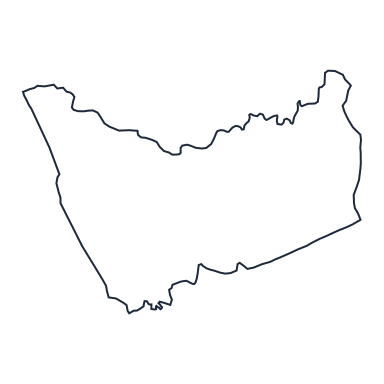 Ekeremor, Bayelsa, Nigeria (orthographic projection)
{"feature_id": "59680162B22876202690460", "entity_name": "Ekeremor", "entity_type": "district", "adm_level": 2, "iso_a3": "NGA", "parent_name": "Nigeria", "parent_adm1": "Bayelsa", "projection": "orthographic", "projection_center": [5.719, 4.944], "detail": "fine", "context": "isolated", "style": "outline", "palette": "slate", "viewbox_px": 384, "rotation_deg": 0, "n_neighbors": 0, "source": "geoboundaries", "source_scale": "gbopen_adm2", "svg_char_len": 3155}
<svg xmlns="http://www.w3.org/2000/svg" viewBox="0 0 384 384"><path d="M360.5,219.8L358.1,213.6L357.5,212.5L354.9,208.2L354.0,203.1L353.7,194.9L356.8,186.6L359.0,180.0L360.4,168.8L360.8,163.4L360.7,153.0L360.3,147.4L361.0,139.7L360.3,134.6L355.6,130.0L352.9,127.3L348.8,120.6L346.4,116.0L344.4,111.5L344.2,111.1L342.6,105.7L346.2,100.7L348.2,90.7L350.8,85.6L349.4,83.9L344.9,79.3L342.9,74.8L335.0,71.0L328.0,70.7L325.0,72.9L324.9,76.1L324.5,84.3L321.7,87.0L319.4,87.5L318.8,88.9L318.5,96.6L317.8,101.7L315.0,103.5L307.9,103.8L301.8,106.2L300.4,105.2L299.7,101.0L299.3,101.0L297.6,103.3L297.8,106.1L298.0,107.8L297.6,110.9L295.9,113.8L294.4,116.5L293.6,119.4L293.5,119.8L293.2,122.1L292.3,123.6L292.2,123.7L290.8,122.9L290.0,121.2L289.7,120.3L289.2,120.0L286.6,118.6L284.2,119.7L283.6,122.6L281.6,124.6L277.5,124.0L277.1,122.3L276.8,120.2L277.4,116.9L277.1,115.5L274.5,115.8L271.9,117.0L269.1,118.6L267.6,119.5L267.0,119.7L266.3,119.9L264.7,118.7L263.6,116.2L262.9,114.7L262.7,114.6L260.1,113.7L258.2,115.2L257.2,116.2L253.8,115.5L250.5,114.0L249.3,114.8L249.7,117.9L248.7,121.3L246.5,123.1L244.5,125.5L243.7,129.3L241.9,129.6L240.7,127.5L238.4,126.3L235.7,125.9L232.4,127.6L230.5,129.7L228.9,131.6L227.1,131.9L224.1,130.5L220.5,130.1L217.3,131.2L216.1,133.3L214.0,138.6L211.2,144.0L206.2,148.0L201.7,148.5L195.8,147.8L190.8,145.8L187.2,144.7L182.3,145.6L180.7,147.8L180.6,150.8L180.7,152.8L179.7,154.0L176.9,154.6L172.1,154.6L169.0,152.5L166.5,151.8L163.9,151.0L159.7,146.8L156.7,142.0L151.9,139.8L145.5,137.8L140.9,137.3L138.0,134.8L137.5,130.8L129.1,130.2L119.0,130.6L115.6,129.2L109.3,126.6L104.4,123.3L100.9,117.6L100.4,116.8L97.6,112.6L92.8,110.4L87.9,110.7L84.1,111.3L78.2,111.2L73.7,109.9L71.9,107.5L73.0,101.8L74.4,97.0L72.7,94.4L70.3,92.6L66.5,91.6L63.1,87.7L57.3,88.5L53.8,84.7L44.5,86.4L37.5,85.8L34.2,88.0L29.8,89.1L26.0,90.8L23.0,91.8L24.1,95.5L27.1,101.1L27.9,103.0L29.1,105.4L31.3,108.6L49.5,147.7L59.4,174.3L57.5,177.2L56.4,183.2L58.6,191.9L60.5,197.8L60.5,203.2L64.9,211.9L67.3,216.7L73.3,228.5L82.2,246.2L85.3,251.3L88.3,256.2L94.8,266.8L102.2,279.0L106.1,285.9L106.9,290.9L108.7,297.4L116.1,298.5L123.9,303.1L126.6,305.2L127.6,310.8L129.2,313.3L133.8,310.7L136.9,310.6L139.7,309.0L143.5,306.4L144.0,303.6L144.6,301.1L147.0,301.3L148.6,304.0L150.0,304.6L151.4,304.4L151.4,309.0L154.7,309.5L156.1,309.1L155.8,306.7L156.5,305.9L156.9,306.3L157.8,307.2L159.1,307.6L160.4,309.2L161.2,308.8L161.8,308.0L162.0,307.1L161.0,306.1L160.0,304.5L158.5,303.2L158.7,302.8L159.7,301.7L163.6,302.7L170.3,304.9L171.9,299.6L170.0,294.9L169.1,289.8L171.6,288.0L172.5,284.8L180.5,281.7L183.6,281.1L186.5,280.8L192.1,283.7L193.8,284.1L195.0,283.3L195.5,282.5L196.7,278.8L197.7,273.3L198.1,269.9L198.7,265.1L201.3,264.1L202.9,265.9L206.5,268.3L209.3,269.3L211.0,269.9L213.8,270.5L220.4,272.7L221.5,272.9L225.1,273.6L227.6,273.4L230.8,273.0L236.6,270.5L237.6,264.1L239.7,262.8L245.1,266.9L247.3,268.9L253.7,267.6L262.0,264.2L270.3,261.8L275.4,259.3L280.2,257.4L288.2,253.9L298.1,249.3L307.2,245.6L312.2,242.6L319.6,238.9L326.4,236.0L333.2,232.8L339.3,230.1L346.6,227.2L352.4,224.5L354.6,223.2L360.5,219.8Z" fill="none" stroke="#1e293b" stroke-width="2"/></svg>